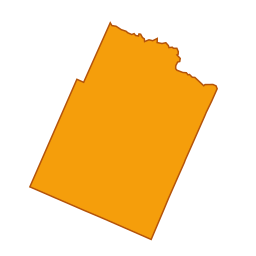 Colfax, New Mexico, United States of America, rotated 114°
{"feature_id": "52423323B4860055459103", "entity_name": "Colfax", "entity_type": "district", "adm_level": 2, "iso_a3": "USA", "parent_name": "United States of America", "parent_adm1": "New Mexico", "projection": "orthographic", "projection_center": [-105.078, 36.607], "detail": "fine", "context": "isolated", "style": "filled", "palette": "amber", "viewbox_px": 256, "rotation_deg": 114, "n_neighbors": 0, "source": "geoboundaries", "source_scale": "gbopen_adm2", "svg_char_len": 877}
<svg xmlns="http://www.w3.org/2000/svg" viewBox="0 0 256 256"><g transform="rotate(114 128 128)"><path d="M220.4,61.5L187.4,62.1L175.5,62.4L151.0,62.5L136.7,62.5L133.9,62.7L122.1,62.7L85.7,62.8L81.8,62.9L69.4,62.5L67.3,62.5L64.7,62.5L55.9,62.5L53.7,64.7L53.7,68.1L57.0,75.3L58.6,76.0L54.6,87.5L55.5,89.9L54.1,93.6L55.0,94.8L53.8,97.2L55.0,100.5L55.3,106.8L54.4,108.6L51.7,109.7L47.6,109.5L46.2,107.8L43.2,108.6L41.3,113.0L40.2,112.2L37.8,113.1L35.3,115.8L36.7,118.9L36.2,120.4L37.9,123.3L36.3,124.6L34.7,128.1L37.0,131.3L38.1,136.1L34.3,137.7L38.2,140.9L38.9,144.7L42.3,148.0L39.9,149.4L39.5,151.6L37.2,154.6L37.6,156.2L39.7,155.9L40.4,158.7L39.3,160.8L41.1,162.6L41.1,166.9L40.4,169.2L40.9,174.2L39.9,180.3L41.0,184.4L39.1,187.0L104.3,187.1L104.3,194.5L163.2,194.1L221.7,193.7L221.1,134.3L220.7,112.2L220.4,61.5Z" fill="#f59e0b" stroke="#b45309" stroke-width="1.5"/></g></svg>